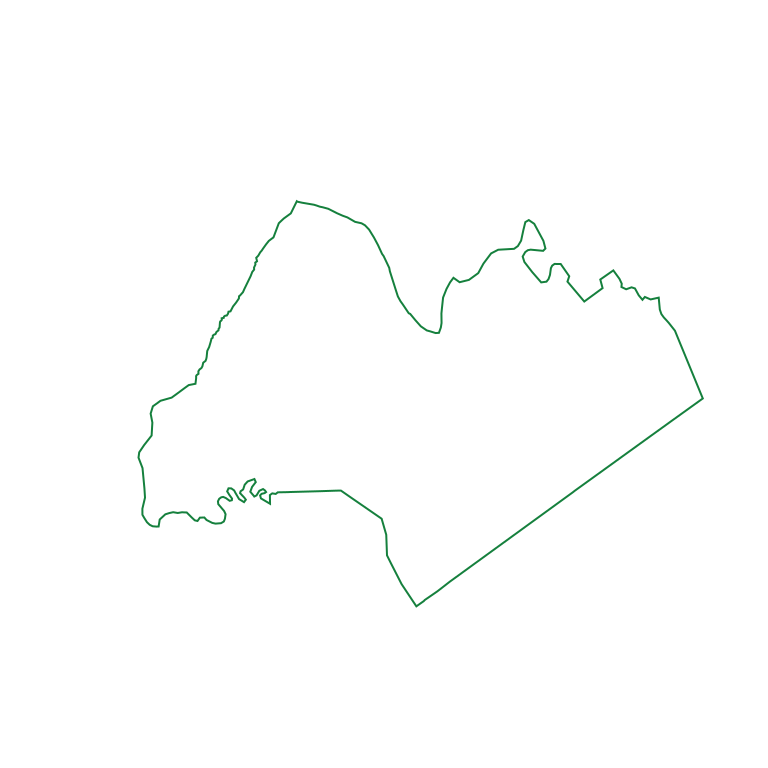 the district of Foni Bintang Karanai, West Coast, Gambia, rotated 324°
{"feature_id": "56634734B67575656085362", "entity_name": "Foni Bintang Karanai", "entity_type": "district", "adm_level": 2, "iso_a3": "GMB", "parent_name": "Gambia", "parent_adm1": "West Coast", "projection": "natural_earth1", "projection_center": [-16.253, 13.246], "detail": "fine", "context": "isolated", "style": "outline", "palette": "green", "viewbox_px": 768, "rotation_deg": 324, "n_neighbors": 0, "source": "geoboundaries", "source_scale": "gbopen_adm2", "svg_char_len": 3538}
<svg xmlns="http://www.w3.org/2000/svg" viewBox="0 0 768 768"><g transform="rotate(324 384 384)"><path d="M502.6,338.9L497.2,340.6L490.5,343.8L482.6,348.8L475.1,357.1L471.9,360.7L466.4,368.5L463.2,371.7L458.5,374.9L455.7,373.1L453.3,369.9L452.5,368.8L450.1,365.8L447.7,359.0L446.9,350.9L446.4,342.7L445.6,341.3L446.0,330.4L446.0,326.8L446.4,323.6L446.7,321.3L448.6,315.5L455.0,296.3L456.5,293.1L458.9,280.3L458.9,277.6L460.8,268.1L462.0,259.4L462.3,255.3L462.7,250.3L461.9,244.4L460.3,240.8L455.9,235.8L452.3,227.7L449.5,223.6L446.3,218.1L441.9,209.5L438.3,205.0L436.3,202.8L434.3,199.9L432.7,197.8L424.3,189.2L421.1,185.6L420.9,184.9L408.9,191.2L400.2,191.2L396.2,191.7L393.4,192.1L380.8,200.4L375.0,200.5L370.7,201.7L365.6,203.4L363.5,204.2L361.3,204.7L357.7,206.3L354.8,206.8L353.4,210.1L351.2,210.1L350.2,211.8L347.3,213.4L346.2,215.1L343.3,215.9L339.4,218.4L331.5,222.6L326.8,225.1L323.9,226.8L319.4,227.8L318.3,227.8L316.9,229.5L312.2,231.2L307.5,232.5L302.5,235.0L300.7,234.1L299.2,235.4L297.1,236.2L295.6,235.4L294.2,235.4L293.1,236.3L292.4,235.8L291.3,235.4L290.6,236.7L289.5,237.1L288.4,237.1L287.7,237.5L284.1,241.7L282.7,242.1L281.6,243.3L279.1,243.4L276.9,244.6L275.8,244.2L274.0,244.2L272.6,245.9L271.1,245.9L268.6,248.0L264.3,251.3L261.1,253.0L260.4,253.4L256.4,257.9L255.0,259.2L253.2,260.4L250.3,260.5L247.4,263.0L245.6,263.8L243.4,263.8L241.3,264.6L239.9,266.7L237.7,266.7L236.6,267.2L235.5,268.8L231.6,273.0L225.4,270.1L220.0,270.1L211.0,270.2L204.2,270.2L193.3,266.2L183.9,266.2L177.8,270.8L173.9,279.1L165.7,289.1L154.1,292.4L145.8,295.4L142.1,299.3L139.2,310.1L128.9,327.5L123.9,335.4L123.0,336.2L115.2,342.9L111.7,347.8L111.3,351.6L111.0,356.5L111.7,360.2L113.2,363.1L116.1,365.6L117.9,366.8L122.9,361.8L130.5,360.9L134.4,362.2L138.1,363.8L141.3,367.1L145.3,369.1L146.1,369.8L148.9,372.0L150.0,379.0L150.8,383.1L152.6,385.2L156.5,383.9L160.2,386.4L160.5,389.7L163.4,395.4L165.6,397.9L170.3,400.8L173.6,401.1L176.1,399.5L179.3,396.2L180.0,392.8L179.3,383.8L180.7,381.3L183.2,380.0L185.7,380.0L187.5,380.8L189.0,383.3L190.5,387.8L192.6,388.6L193.7,387.4L193.7,382.8L194.0,378.7L196.9,377.0L199.1,378.7L200.2,382.0L199.8,384.9L199.1,391.9L201.3,397.3L204.2,396.4L204.2,393.9L203.4,387.7L204.9,386.5L208.1,386.5L212.1,383.6L216.4,382.7L223.3,384.7L222.6,388.0L216.8,389.7L212.5,392.6L212.9,397.6L212.9,398.8L215.4,399.2L220.4,397.1L224.4,397.9L225.1,400.0L225.1,402.1L223.3,402.1L220.4,400.9L218.3,401.3L217.2,404.2L221.4,413.9L226.4,406.8L229.3,406.8L231.8,409.3L234.4,409.2L242.7,415.0L244.4,416.1L269.5,433.3L282.8,442.3L286.5,444.9L289.8,454.4L302.9,491.6L297.2,507.3L285.7,524.4L284.3,532.7L280.6,556.3L279.5,582.9L288.7,583.0L290.0,582.7L305.5,583.1L321.3,582.6L347.0,582.6L378.4,582.6L473.2,582.6L475.4,582.5L501.5,582.6L534.7,582.7L568.5,582.8L595.9,582.9L633.4,583.1L646.0,531.2L647.2,526.2L650.7,511.9L650.3,502.0L650.0,498.8L649.5,494.6L649.5,490.5L650.9,485.9L657.0,475.6L649.4,472.3L646.2,466.9L642.6,467.8L642.2,462.0L643.2,454.2L641.1,451.3L635.6,449.7L633.1,445.1L635.3,442.6L636.3,437.3L636.3,426.9L620.4,426.6L617.2,434.9L594.5,435.0L592.6,409.0L597.2,405.7L597.5,390.8L592.5,387.1L589.6,387.1L587.1,388.4L582.4,393.3L578.8,395.8L575.6,396.7L570.9,394.2L569.7,380.6L569.3,367.8L571.1,362.4L575.8,360.3L579.0,360.3L581.6,361.5L591.0,369.8L594.2,369.3L597.1,361.9L599.7,342.7L597.5,336.5L593.5,336.1L587.1,341.5L579.2,348.6L573.4,351.1L568.7,351.1L555.3,342.5L547.4,341.3L536.0,344.8L535.1,345.1L525.4,349.7L513.9,349.7L505.0,346.1L502.6,338.9Z" fill="none" stroke="#15803d" stroke-width="2"/></g></svg>